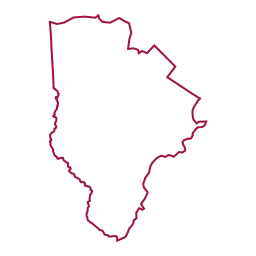 the district of York, Maine, United States of America
{"feature_id": "52423323B79738313755225", "entity_name": "York", "entity_type": "district", "adm_level": 2, "iso_a3": "USA", "parent_name": "United States of America", "parent_adm1": "Maine", "projection": "natural_earth1", "projection_center": [-70.788, 43.437], "detail": "fine", "context": "isolated", "style": "outline", "palette": "rose", "viewbox_px": 256, "rotation_deg": 0, "n_neighbors": 0, "source": "geoboundaries", "source_scale": "gbopen_adm2", "svg_char_len": 3327}
<svg xmlns="http://www.w3.org/2000/svg" viewBox="0 0 256 256"><path d="M49.8,21.9L50.8,33.6L51.4,44.9L51.4,45.9L51.5,48.8L51.5,49.1L52.9,71.8L53.1,75.0L53.6,88.1L54.2,88.7L54.6,88.6L56.2,90.3L57.3,90.8L57.6,91.3L57.8,92.9L58.2,93.4L58.5,93.5L58.8,93.9L57.7,96.9L57.6,96.6L56.1,96.9L55.8,97.5L55.8,98.2L55.8,98.6L56.0,98.9L57.0,99.7L57.3,100.5L57.3,101.7L57.4,101.9L58.0,102.4L58.0,103.5L57.4,105.3L57.7,105.7L57.8,106.2L57.1,106.7L56.8,109.3L56.1,109.8L55.0,111.7L54.3,113.2L54.5,113.9L54.9,114.3L54.7,114.9L53.2,115.9L53.5,116.6L54.0,116.9L55.2,117.2L55.5,117.1L56.3,118.2L56.5,119.1L55.7,122.0L55.1,123.0L55.0,123.9L55.2,124.8L56.2,126.1L56.3,126.9L56.3,127.5L54.5,128.6L54.4,129.2L54.6,130.2L54.0,131.3L53.1,132.1L52.3,132.4L51.2,133.2L50.2,134.7L50.1,135.4L50.3,137.9L50.5,138.5L51.2,139.2L51.2,139.7L51.2,140.5L50.1,140.9L50.0,141.5L50.0,142.1L50.6,142.9L50.4,143.7L50.4,145.0L50.5,145.2L50.8,145.9L50.8,146.1L51.4,146.8L52.7,148.8L53.2,150.1L53.1,151.5L53.4,152.4L54.9,155.8L55.6,156.3L56.5,156.6L57.1,157.6L57.4,158.5L58.2,158.9L58.6,158.5L62.0,157.7L63.0,157.9L63.2,158.5L63.3,159.6L63.5,160.0L65.1,161.5L66.9,162.8L67.1,162.9L67.9,162.9L68.0,165.9L67.8,166.4L68.4,166.9L69.0,167.4L69.7,167.3L70.2,167.4L70.7,168.5L70.4,169.2L69.8,169.8L69.0,170.8L69.3,171.3L71.0,172.8L71.6,173.3L73.1,173.6L74.0,174.0L74.6,175.6L74.8,176.9L75.1,177.1L77.2,177.8L79.3,179.2L79.5,179.3L79.9,179.9L80.3,180.9L80.3,181.6L80.6,181.9L81.4,182.2L82.1,181.8L84.2,182.5L85.1,183.4L85.0,183.7L84.7,183.9L84.7,184.2L85.3,185.9L85.6,186.1L86.5,185.9L87.8,186.3L88.1,186.4L88.5,186.5L88.9,186.7L89.0,186.7L90.2,187.4L90.2,187.5L90.6,188.3L90.8,190.1L91.1,190.1L91.6,190.3L91.8,190.6L92.1,191.1L92.1,191.4L91.3,193.6L90.6,194.1L90.4,194.4L89.5,198.8L89.6,199.5L89.9,200.2L89.8,200.8L89.5,201.2L88.8,201.4L88.0,201.9L87.8,202.1L87.7,202.7L88.6,204.8L88.9,206.3L88.7,206.7L88.5,206.9L88.2,207.1L87.7,208.0L87.8,208.8L87.5,211.3L86.4,214.6L86.6,215.7L87.3,217.2L87.5,218.9L87.8,219.9L88.1,220.5L89.7,221.9L92.4,223.5L95.9,226.6L98.2,228.4L98.5,228.7L99.4,229.9L102.0,230.5L102.4,230.8L103.2,231.8L104.5,234.3L104.8,234.6L105.6,234.8L108.2,235.4L109.1,236.6L110.2,236.6L113.3,236.2L116.0,236.1L116.7,236.7L117.0,237.3L117.2,240.6L124.5,237.5L126.2,235.7L128.5,230.7L128.7,229.2L129.0,228.9L132.7,224.4L133.7,222.0L133.6,220.4L136.5,218.3L136.2,212.8L139.1,208.2L142.7,209.7L144.0,208.7L141.0,204.1L144.7,198.8L147.3,193.5L147.5,192.2L145.6,189.6L143.9,187.4L143.2,184.0L145.0,178.6L145.3,177.8L148.8,173.2L150.6,165.7L152.7,162.3L156.7,158.2L157.1,157.9L161.2,155.7L161.8,155.9L165.1,156.9L168.9,155.0L171.1,155.6L171.8,155.7L173.4,156.8L174.7,155.9L179.0,152.0L182.3,152.5L185.2,150.6L184.7,147.2L183.3,145.1L182.5,142.2L184.0,140.3L187.5,138.7L188.6,138.6L189.0,139.0L191.2,138.2L192.8,135.1L192.6,133.4L196.0,128.8L198.0,127.3L202.3,127.0L204.9,125.1L206.2,121.5L199.0,121.7L196.7,123.4L194.4,120.7L193.7,119.8L193.0,118.2L192.4,113.0L192.6,110.3L192.6,110.1L193.9,107.0L198.1,100.4L200.0,98.6L191.3,93.1L191.2,93.0L167.2,77.2L172.8,69.9L175.3,66.6L167.5,58.7L154.3,45.5L147.0,53.2L142.1,51.0L138.8,53.3L138.2,49.9L133.7,48.3L128.1,49.0L129.3,39.4L131.3,32.8L129.0,23.2L125.5,21.8L119.2,18.0L110.2,22.7L102.4,21.8L99.1,18.5L98.4,15.4L95.2,17.7L84.7,16.6L73.5,17.5L64.4,22.5L57.2,24.0L49.8,21.9Z" fill="none" stroke="#9f1239" stroke-width="2"/></svg>